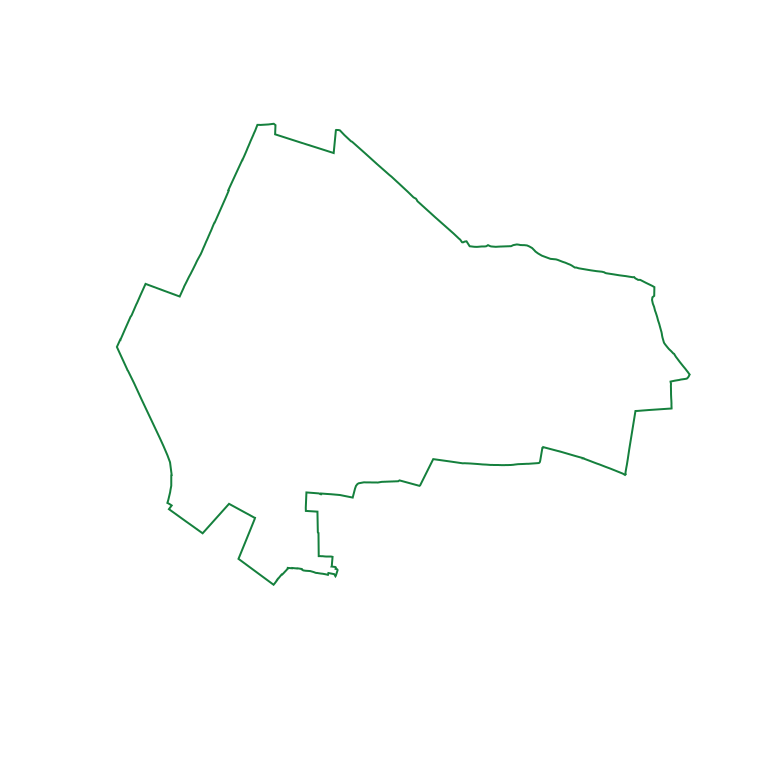 Corbeanca, Ilfov, Romania (Mercator projection), rotated 123°
{"feature_id": "2599482B20388306931383", "entity_name": "Corbeanca", "entity_type": "district", "adm_level": 2, "iso_a3": "ROU", "parent_name": "Romania", "parent_adm1": "Ilfov", "projection": "mercator", "projection_center": [26.024, 44.599], "detail": "fine", "context": "isolated", "style": "outline", "palette": "green", "viewbox_px": 768, "rotation_deg": 123, "n_neighbors": 0, "source": "geoboundaries", "source_scale": "gbopen_adm2", "svg_char_len": 5386}
<svg xmlns="http://www.w3.org/2000/svg" viewBox="0 0 768 768"><g transform="rotate(123 384 384)"><path d="M235.6,631.3L236.1,631.2L239.0,630.6L241.8,630.0L244.0,629.7L245.8,629.4L246.6,629.2L247.4,629.1L248.1,629.0L249.2,628.8L250.0,628.7L251.1,628.5L251.7,628.4L252.5,628.3L255.1,627.8L258.5,627.2L259.9,627.0L262.4,626.5L265.2,626.0L268.8,625.4L272.2,624.9L273.2,624.7L273.2,624.9L287.1,622.9L306.4,620.1L306.3,619.6L307.7,619.3L312.4,618.5L314.7,618.1L340.1,614.0L340.9,613.9L341.0,614.1L343.1,613.8L345.3,613.4L346.8,613.1L347.2,613.0L350.0,612.5L352.2,612.2L353.7,611.9L355.2,611.7L356.2,611.5L358.6,611.1L359.1,611.0L359.9,610.9L361.4,610.7L365.3,610.0L368.5,609.5L372.9,608.7L373.8,608.6L375.6,608.3L376.1,608.4L376.3,608.4L376.9,608.3L377.6,608.2L378.7,608.2L379.5,608.1L381.1,608.0L383.2,607.8L385.9,607.4L388.5,607.1L391.9,606.7L394.9,606.4L396.5,606.2L400.6,605.9L406.4,605.2L411.3,604.7L411.9,604.5L421.9,603.0L425.4,618.4L429.9,638.5L442.3,636.6L450.8,635.2L452.1,635.1L463.8,633.1L464.5,633.1L465.0,633.1L465.5,633.2L479.3,631.0L485.8,629.9L490.1,629.2L490.4,629.1L490.4,629.4L498.4,628.2L501.4,623.5L507.4,614.0L511.7,607.2L512.2,606.6L512.3,606.0L519.4,594.1L528.5,579.7L551.4,542.6L556.3,534.9L561.8,526.7L566.2,520.8L576.1,512.4L576.4,512.7L585.2,507.0L589.1,505.4L591.3,504.4L598.6,501.8L601.3,501.0L601.7,500.9L601.5,498.7L601.5,496.3L601.5,495.9L606.1,496.2L607.1,475.5L608.0,454.8L568.9,448.7L566.7,420.0L566.5,419.3L567.8,418.9L580.1,416.5L609.9,410.8L612.5,367.3L611.0,367.1L606.9,366.8L606.7,366.8L606.7,367.0L604.9,366.9L604.8,366.7L599.5,366.1L599.5,365.7L597.9,365.3L595.6,364.9L592.9,364.4L591.4,364.3L591.2,364.1L590.6,364.5L590.3,363.9L588.6,360.7L588.3,360.8L587.6,359.4L586.3,356.9L586.1,356.4L585.8,356.4L585.2,355.1L584.0,352.4L584.3,352.3L584.3,350.3L584.3,350.2L583.3,348.0L581.9,345.5L581.3,344.4L581.1,344.1L580.0,340.5L579.6,338.5L579.1,337.4L578.9,337.2L578.4,336.0L577.5,334.0L577.1,333.2L576.5,332.0L575.5,329.6L575.0,328.3L574.6,327.1L572.8,327.7L570.6,322.2L571.7,320.0L571.0,320.0L565.5,321.5L565.3,321.6L565.1,321.9L564.9,322.3L565.4,323.9L564.6,324.1L564.3,324.3L564.1,324.5L564.0,324.8L564.0,325.0L564.1,325.4L565.6,328.5L565.4,328.5L557.0,333.0L557.1,333.3L557.2,333.7L557.4,334.1L557.6,334.5L560.4,338.9L560.9,339.8L561.7,341.4L562.6,342.9L563.9,345.0L544.8,357.7L544.9,357.9L544.3,358.8L527.3,370.3L533.0,380.4L530.4,382.2L517.2,390.0L511.2,379.0L511.0,377.2L510.7,376.7L510.1,377.1L507.7,372.7L505.3,368.4L501.1,360.5L499.6,356.7L496.3,348.4L487.6,351.3L484.7,352.0L482.4,351.8L481.1,351.2L477.5,347.4L469.9,335.4L467.3,332.6L457.8,319.1L456.4,318.5L450.1,298.8L449.3,298.5L420.2,301.8L412.9,286.2L407.6,274.7L406.7,273.5L403.7,268.4L400.0,261.7L397.6,257.2L396.0,254.5L394.1,251.0L391.8,247.3L389.5,243.7L387.7,240.7L384.6,236.1L382.9,233.6L381.9,232.3L381.2,231.4L380.3,230.4L378.3,228.0L376.8,225.9L375.4,223.9L373.6,221.4L372.1,219.2L366.2,211.4L365.6,210.9L365.1,210.8L364.6,210.8L363.3,211.2L351.3,216.4L350.8,215.9L350.2,216.1L350.1,215.7L344.3,198.1L341.6,189.1L340.1,184.1L337.7,176.5L338.0,176.5L337.8,176.1L337.6,175.1L336.2,168.8L335.8,166.8L334.8,162.2L334.1,159.4L333.4,156.0L332.8,153.1L331.7,148.2L329.1,134.9L329.0,132.3L328.0,132.1L327.8,132.4L327.2,133.0L325.0,134.0L322.2,135.2L319.5,136.3L314.1,138.7L305.1,142.8L269.7,158.4L268.4,156.6L261.5,147.6L250.4,132.8L248.4,130.1L247.9,129.5L247.0,130.1L245.2,131.4L243.6,132.4L241.5,133.9L239.5,135.4L237.8,136.6L236.4,137.6L234.1,139.1L232.8,140.0L231.6,140.8L230.3,141.7L229.3,142.4L228.2,143.0L227.3,143.6L226.7,144.3L225.9,145.0L222.9,142.0L220.7,139.6L220.0,138.8L218.6,137.5L216.0,134.5L214.6,133.0L213.0,132.6L211.8,132.6L211.5,132.6L210.3,132.8L209.6,132.8L208.9,134.7L208.5,135.6L207.9,137.5L207.4,138.8L207.0,140.0L206.2,142.6L205.3,145.3L204.4,148.0L202.5,153.2L202.2,154.1L201.6,155.3L201.1,156.4L200.7,157.1L200.8,158.1L200.1,160.8L199.5,164.1L198.8,166.4L198.3,167.9L197.8,169.4L197.2,171.0L196.7,171.9L193.4,175.7L191.9,177.2L190.4,178.5L189.1,179.8L188.7,180.3L185.6,183.8L183.7,185.9L181.4,188.8L179.2,191.2L178.1,192.5L176.0,195.1L174.9,196.6L172.2,199.5L170.2,202.3L167.5,205.0L165.1,206.1L162.9,205.4L155.5,210.0L155.6,212.4L156.0,215.6L156.5,219.6L157.1,225.6L157.2,226.0L157.5,226.4L158.3,227.7L158.3,228.0L158.3,228.6L158.4,229.3L158.5,230.9L158.1,232.4L158.9,233.4L160.4,236.7L161.8,239.9L164.6,245.7L167.1,251.4L170.1,258.0L170.4,259.2L170.3,259.9L171.1,262.3L173.5,267.0L176.0,272.4L178.3,277.7L180.9,283.7L181.6,286.2L182.4,287.4L182.4,291.2L182.6,293.3L182.9,294.5L183.5,298.0L184.2,300.6L185.3,305.9L185.6,306.9L185.8,307.6L188.4,312.6L190.4,321.5L190.6,325.9L190.4,329.4L190.2,329.8L189.3,333.8L189.5,337.1L189.9,339.5L191.2,342.1L193.1,345.1L193.7,346.7L194.6,348.6L197.1,351.2L198.4,352.0L199.2,352.5L199.4,352.8L206.0,362.2L208.1,365.0L210.3,369.1L210.6,370.2L210.9,372.4L212.7,373.2L213.6,374.2L215.4,376.9L217.9,380.1L218.5,380.9L219.8,383.1L221.8,387.2L219.4,392.5L220.5,393.8L222.2,394.9L222.6,395.8L221.4,398.8L221.2,400.8L221.1,401.1L219.9,407.7L216.3,431.8L212.5,455.5L211.8,456.7L211.2,458.1L211.4,460.9L209.8,468.9L206.0,490.8L205.8,493.0L203.4,509.4L201.6,520.5L200.3,528.8L198.2,542.7L198.4,543.8L196.8,552.8L195.3,559.1L195.7,560.3L197.0,562.5L197.3,562.6L217.7,552.0L222.4,569.2L226.5,584.0L233.9,611.3L226.0,616.0L225.8,618.2L229.2,622.2L233.8,628.4L235.6,631.3Z" fill="none" stroke="#15803d" stroke-width="2"/></g></svg>